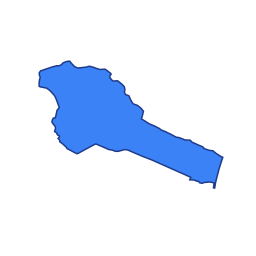 outline of Benin, rotated 294°
{"feature_id": "BEN", "entity_name": "Benin", "entity_type": "country or territory", "adm_level": 0, "iso_a3": "BEN", "parent_name": "Africa", "parent_adm1": "", "projection": "natural_earth1", "projection_center": [2.346, 9.3], "detail": "fine", "context": "isolated", "style": "filled", "palette": "blue", "viewbox_px": 256, "rotation_deg": 294, "n_neighbors": 0, "source": "natural_earth", "source_scale": "50m", "svg_char_len": 1836}
<svg xmlns="http://www.w3.org/2000/svg" viewBox="0 0 256 256"><g transform="rotate(294 128 128)"><path d="M108.4,231.6L108.1,230.4L112.9,229.0L111.9,224.5L108.9,219.3L107.7,218.4L107.1,215.8L107.9,214.1L107.5,212.9L107.3,209.4L105.8,205.5L108.5,205.4L108.5,192.9L108.5,180.9L108.5,170.7L108.5,162.6L108.0,152.9L107.9,145.8L107.8,136.4L106.8,133.5L102.7,128.6L101.6,126.0L101.4,122.6L100.5,119.1L100.5,112.9L100.4,105.8L100.0,104.6L95.6,101.2L89.3,96.4L84.5,92.7L84.2,92.5L83.7,91.5L84.4,80.7L85.4,79.3L86.9,74.8L87.7,71.2L88.4,71.2L89.3,70.0L90.1,68.3L90.9,68.6L92.3,69.0L93.0,68.4L92.9,67.0L93.4,65.7L94.5,65.1L94.8,63.9L94.8,62.5L95.7,62.1L97.3,62.2L98.6,61.7L99.7,61.0L101.1,58.2L101.8,57.2L102.1,56.5L102.9,55.9L105.0,55.6L106.7,55.8L107.9,57.5L115.3,56.0L118.8,56.9L126.0,49.8L127.7,47.7L129.9,42.7L130.6,40.8L131.3,37.4L129.9,31.0L129.9,29.9L132.9,28.5L136.6,27.4L138.1,27.4L139.0,26.8L140.4,25.4L142.6,24.4L143.9,24.8L144.7,25.0L152.5,33.4L155.9,37.6L156.8,39.8L158.6,41.3L161.2,42.3L163.5,44.5L165.4,47.5L164.2,49.7L162.4,54.2L162.3,57.6L166.6,65.0L167.1,65.7L168.3,66.9L168.9,68.3L169.4,71.9L169.7,76.0L170.1,78.7L172.2,82.6L172.3,84.1L170.9,89.9L170.5,90.5L170.1,90.7L167.9,90.2L166.9,90.8L165.7,92.8L164.9,94.7L164.9,95.5L166.9,99.2L165.6,104.4L164.3,107.7L162.0,109.5L159.9,110.0L158.5,110.8L157.6,112.0L157.8,115.7L154.7,119.1L153.0,121.5L152.2,123.0L152.5,127.4L151.4,131.8L149.6,135.3L145.3,136.1L141.8,136.5L140.5,145.4L140.6,151.1L140.3,156.9L139.7,159.2L139.9,162.5L139.7,170.0L139.2,175.9L139.8,177.5L140.2,181.0L140.2,184.6L141.1,187.1L142.1,189.3L142.0,190.4L141.5,191.1L141.1,192.0L141.1,200.5L141.2,203.0L141.0,204.6L140.2,205.9L140.5,210.2L141.1,212.9L141.8,215.0L141.2,216.6L140.6,218.9L139.8,224.5L139.8,226.5L127.7,227.8L114.1,230.1L108.4,231.6Z" fill="#3b82f6" stroke="#1e3a8a" stroke-width="1.5"/></g></svg>